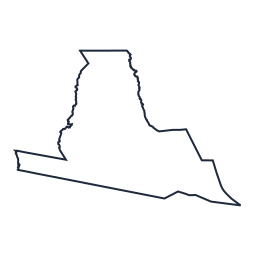 Caucete, San Juan, Argentina (orthographic projection)
{"feature_id": "61730980B84345100673034", "entity_name": "Caucete", "entity_type": "district", "adm_level": 2, "iso_a3": "ARG", "parent_name": "Argentina", "parent_adm1": "San Juan", "projection": "orthographic", "projection_center": [-67.711, -31.425], "detail": "fine", "context": "isolated", "style": "outline", "palette": "slate", "viewbox_px": 256, "rotation_deg": 0, "n_neighbors": 0, "source": "geoboundaries", "source_scale": "gbopen_adm2", "svg_char_len": 5271}
<svg xmlns="http://www.w3.org/2000/svg" viewBox="0 0 256 256"><path d="M164.5,198.5L178.0,191.5L186.2,194.0L187.4,194.6L188.0,194.7L189.4,195.2L190.3,195.2L192.6,195.1L193.8,195.1L195.3,194.9L211.1,201.6L240.6,205.4L232.7,199.6L231.0,198.2L226.7,194.0L225.5,192.7L223.6,190.5L222.2,188.3L222.0,187.9L220.8,185.1L216.7,173.2L212.8,160.4L201.8,160.3L186.1,129.3L179.5,129.9L172.6,129.9L159.2,131.4L156.8,130.2L156.1,129.7L154.1,128.2L153.4,127.7L153.1,127.2L152.8,126.7L152.3,126.5L151.1,126.1L150.9,125.8L149.6,125.4L149.4,125.3L149.2,124.5L148.9,124.0L148.7,123.5L147.9,122.0L147.8,121.9L147.1,121.0L147.0,120.7L147.0,120.2L146.7,119.8L146.4,119.7L145.9,118.8L145.7,118.1L145.4,117.6L145.0,116.4L144.7,115.1L144.7,113.8L144.6,113.5L144.6,112.9L144.4,112.3L144.4,112.1L144.3,111.9L144.4,110.9L144.1,110.4L143.6,109.6L143.4,109.0L143.2,108.7L142.9,107.7L142.7,107.4L142.6,107.0L142.3,106.8L142.2,106.7L142.3,106.2L142.2,105.7L143.0,104.8L143.1,104.4L142.8,104.1L142.4,103.8L142.2,103.8L141.9,103.9L141.6,103.8L141.7,103.3L141.7,103.0L141.3,102.8L141.1,102.4L141.0,102.2L141.2,101.3L141.2,101.0L141.2,100.8L141.3,100.2L141.2,100.0L140.7,99.3L140.6,99.0L140.1,99.2L139.7,98.9L139.6,98.5L139.8,97.4L139.4,96.6L138.9,96.1L138.7,95.8L138.6,95.4L138.6,94.9L138.2,94.2L138.2,93.8L138.5,93.1L138.3,92.3L138.3,92.0L139.1,90.5L139.5,90.0L139.4,89.4L139.5,89.1L139.1,88.6L139.0,88.3L139.0,88.0L139.6,87.6L139.6,87.4L139.4,87.0L139.3,86.7L139.0,85.9L138.8,85.7L138.5,85.4L138.6,85.0L138.6,84.5L138.9,84.0L139.0,83.6L139.0,83.1L139.0,82.6L139.0,82.3L138.8,82.0L138.7,81.8L137.9,81.4L137.9,81.2L138.1,80.7L137.9,80.2L137.9,79.7L137.7,79.4L137.8,78.9L138.0,78.6L137.9,78.2L137.7,78.2L137.4,77.7L137.6,77.1L137.5,76.7L137.2,76.5L136.6,76.6L135.9,76.3L135.5,76.3L135.2,75.8L134.8,75.5L134.7,75.4L134.8,75.0L134.7,74.9L134.4,74.8L134.2,74.0L134.3,73.8L135.1,72.5L135.2,72.4L136.2,71.9L136.4,71.5L136.6,71.4L136.4,70.8L136.3,70.7L135.9,70.6L134.5,70.5L134.4,70.4L134.0,70.4L133.8,70.2L133.9,69.8L133.8,69.6L133.6,69.5L133.1,69.6L132.5,68.9L132.1,68.7L131.8,68.1L131.3,68.0L130.9,67.5L130.9,67.4L131.1,67.3L131.1,67.2L131.1,66.4L130.9,66.2L130.4,66.3L130.3,66.1L130.2,65.6L130.3,65.1L130.4,64.5L130.4,64.3L130.2,64.1L130.1,63.8L130.2,62.7L130.2,62.2L129.4,61.3L129.3,61.2L129.6,60.8L129.4,60.5L129.5,60.2L129.2,59.9L129.2,59.6L129.3,59.5L129.9,59.3L130.1,59.3L130.5,59.4L130.7,58.8L130.8,58.7L130.9,58.3L131.0,58.1L130.9,57.9L130.4,57.3L130.1,56.8L130.0,56.7L129.8,56.3L129.8,56.0L130.0,55.4L130.5,54.8L130.6,54.6L130.3,54.4L130.1,54.2L129.9,53.9L129.7,53.5L129.5,53.4L129.3,53.5L129.1,53.5L128.8,53.3L128.7,53.2L128.6,52.8L128.0,52.1L128.0,51.8L127.2,50.9L126.8,50.6L126.3,50.7L126.1,50.6L125.8,50.6L80.1,50.7L88.4,63.4L81.2,70.7L81.0,71.2L81.0,71.5L80.7,71.9L80.7,72.2L80.7,72.5L80.8,73.0L80.7,73.3L80.2,73.6L79.8,74.0L79.3,74.7L79.2,75.1L79.2,75.4L79.1,76.0L78.9,76.5L79.2,77.1L79.2,77.3L78.7,77.8L78.3,78.4L77.8,78.7L77.4,79.2L77.3,80.2L77.3,80.5L77.5,82.2L77.3,83.1L77.4,83.7L77.6,84.2L77.6,84.5L77.7,85.0L77.2,85.1L77.0,85.4L76.8,85.5L76.7,85.8L76.2,86.0L75.6,86.3L75.5,86.5L75.5,86.9L75.5,87.2L75.7,87.4L76.0,87.7L76.9,88.2L77.0,88.4L77.0,88.8L77.2,89.0L77.2,89.3L77.3,89.7L77.2,90.0L76.8,90.3L75.9,90.8L75.5,91.2L75.4,91.5L75.7,92.1L75.9,92.4L75.8,92.7L75.8,93.1L76.1,93.4L76.2,93.6L76.2,94.5L75.9,95.2L76.0,95.5L76.0,95.8L75.7,96.8L76.1,97.3L76.0,97.6L76.1,98.4L76.1,98.6L75.7,99.3L75.7,99.5L75.9,99.8L75.8,100.3L76.0,100.5L76.3,101.6L76.2,102.0L76.2,102.3L76.1,103.0L76.4,103.5L76.3,104.0L75.8,104.2L75.4,104.6L75.3,105.0L75.1,105.7L74.2,105.7L73.9,105.6L73.7,105.7L73.4,105.9L73.0,106.8L73.0,107.0L73.4,107.4L73.4,107.6L73.3,108.6L73.1,109.0L73.2,109.5L73.1,109.8L72.8,110.2L72.8,110.7L72.6,111.1L72.4,111.6L72.3,111.8L72.4,112.3L72.6,112.5L72.7,112.9L72.8,113.2L72.8,113.3L72.7,113.9L72.7,114.0L72.7,114.4L72.3,114.8L72.3,115.3L72.2,115.5L71.1,116.0L70.9,116.2L70.5,116.8L69.6,118.0L69.3,118.3L69.2,118.3L68.8,118.6L68.8,118.8L68.6,119.0L67.7,119.9L67.7,120.1L68.0,120.3L68.2,120.6L68.1,121.3L68.7,121.5L68.8,121.7L68.5,122.5L68.4,122.7L68.3,122.8L68.6,123.0L68.6,123.3L68.4,123.6L68.0,123.9L68.0,124.0L68.6,124.4L69.0,124.4L69.4,124.3L70.8,124.4L71.9,124.2L71.8,124.8L71.7,125.0L71.0,125.5L70.6,126.1L70.1,126.8L69.9,127.3L69.5,127.3L69.3,127.3L69.1,127.1L68.8,127.5L68.6,127.6L67.1,126.5L66.9,126.5L66.4,127.2L66.0,127.6L65.1,128.8L64.7,129.0L64.0,128.9L63.4,128.9L63.1,129.0L62.8,129.6L62.3,129.9L61.9,130.4L61.3,130.7L60.8,131.1L60.7,131.7L60.3,132.0L61.3,133.0L60.7,135.0L59.2,139.3L59.2,140.2L59.8,140.7L59.5,141.7L58.4,142.1L58.1,142.7L58.3,143.3L58.3,144.1L59.4,145.1L59.8,146.9L59.1,147.7L59.6,148.2L59.7,149.8L65.9,159.7L24.0,152.1L17.5,150.8L15.4,150.7L16.2,151.5L16.4,151.9L16.1,152.7L15.7,153.0L15.9,153.6L16.2,153.7L16.4,153.9L16.3,154.3L16.6,155.0L16.9,155.7L17.0,156.1L17.2,156.6L17.3,157.2L17.6,157.9L18.2,158.7L18.1,159.2L18.0,159.6L18.2,160.1L18.2,160.4L18.1,161.2L18.2,162.1L18.0,163.1L18.7,163.9L19.1,164.1L19.2,164.5L18.7,164.5L18.3,164.7L18.3,165.1L18.6,165.1L18.7,165.5L18.8,165.5L18.7,165.6L19.0,165.7L19.1,165.8L19.1,166.1L18.9,166.6L18.5,166.9L18.1,167.1L18.0,167.3L18.4,167.6L18.5,167.8L18.4,168.0L18.4,168.3L18.3,168.7L18.1,169.0L17.7,169.4L17.7,169.6L17.9,169.9L24.0,171.0L37.3,173.7L164.5,198.5Z" fill="none" stroke="#1e293b" stroke-width="2"/></svg>